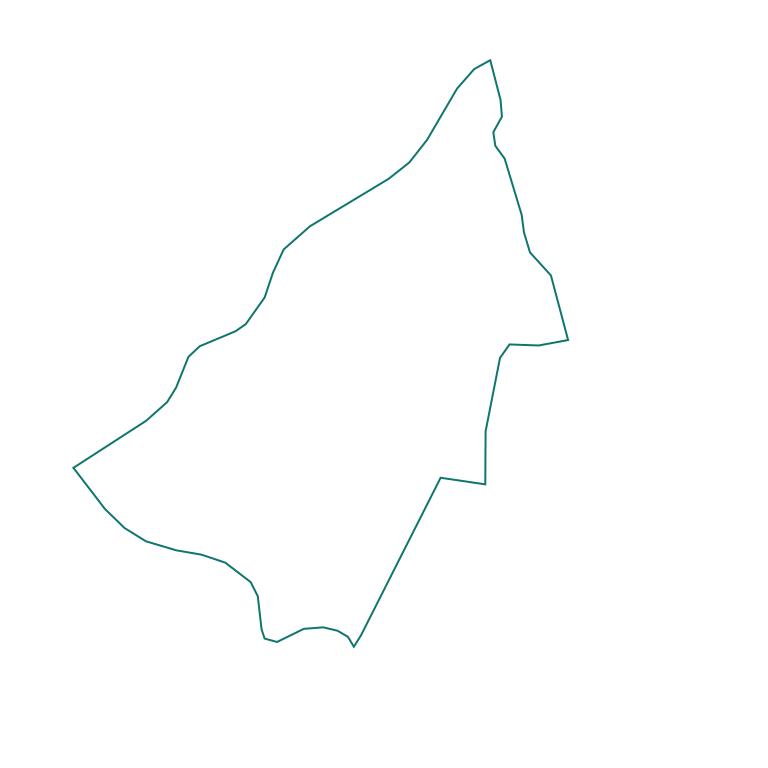 an SVG outline of Kisoro, rotated 49°
{"feature_id": "UGA-3376", "entity_name": "Kisoro", "entity_type": "District", "adm_level": 1, "iso_a3": "UGA", "parent_name": "Uganda", "parent_adm1": "", "projection": "robinson", "projection_center": [29.666, -1.19], "detail": "fine", "context": "isolated", "style": "outline", "palette": "teal", "viewbox_px": 768, "rotation_deg": 49, "n_neighbors": 0, "source": "natural_earth", "source_scale": "10m", "svg_char_len": 799}
<svg xmlns="http://www.w3.org/2000/svg" viewBox="0 0 768 768"><g transform="rotate(49 384 384)"><path d="M562.5,579.1L551.1,577.1L539.8,580.9L527.9,589.4L516.2,605.1L508.5,634.0L497.8,641.1L488.9,637.4L461.4,618.5L446.1,614.6L414.7,621.0L393.1,633.7L373.1,650.0L346.5,666.9L322.5,674.3L295.4,676.6L243.5,673.4L255.7,587.6L255.4,559.6L250.3,543.2L235.2,513.8L234.6,498.3L246.8,461.3L248.1,448.9L240.4,417.3L227.2,394.9L216.6,371.4L216.4,336.2L232.2,245.8L233.4,219.5L228.0,191.3L209.0,135.1L205.5,109.4L209.2,91.8L209.4,91.4L246.1,109.7L259.6,119.6L265.7,136.3L277.2,143.7L293.1,145.1L346.6,169.1L361.4,178.9L380.5,187.5L411.6,186.8L471.6,216.2L456.4,242.0L436.5,263.3L440.4,279.3L486.4,338.4L526.2,373.4L491.9,402.8L558.6,566.3L562.5,579.1Z" fill="none" stroke="#0f766e" stroke-width="2"/></g></svg>